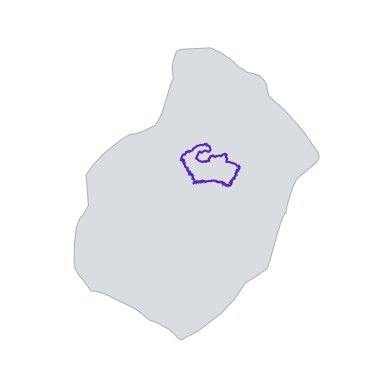 location of Makhoalipana, Maseru, Lesotho, rotated 166°
{"feature_id": "5366337B32036214751587", "entity_name": "Makhoalipana", "entity_type": "district", "adm_level": 2, "iso_a3": "LSO", "parent_name": "Lesotho", "parent_adm1": "Maseru", "projection": "natural_earth1", "projection_center": [28.011, -29.76], "detail": "fine", "context": "in_parent", "style": "outline", "palette": "violet", "viewbox_px": 384, "rotation_deg": 166, "n_neighbors": 0, "source": "geoboundaries", "source_scale": "gbopen_adm2", "svg_char_len": 6859}
<svg xmlns="http://www.w3.org/2000/svg" viewBox="0 0 384 384"><g transform="rotate(166 192 192)"><path d="M249.9,259.2L239.8,262.5L238.4,262.8L231.9,262.1L223.2,262.9L216.4,264.7L211.1,265.4L202.5,275.1L186.8,301.4L182.6,306.9L181.4,317.2L177.8,325.3L173.4,331.7L169.0,333.2L155.9,330.7L139.2,327.4L129.5,319.5L120.8,309.1L116.2,301.6L111.5,297.4L109.8,295.1L103.0,291.6L100.4,289.8L98.2,288.5L95.4,283.5L93.8,279.1L94.4,266.9L89.6,259.7L81.4,247.3L76.1,237.1L69.0,223.3L64.6,211.4L60.1,199.1L60.6,193.9L64.9,190.3L77.6,184.1L87.4,179.3L94.4,170.5L102.1,157.5L105.8,149.6L109.5,146.0L113.6,140.5L120.7,128.2L128.6,114.5L137.1,99.9L147.8,95.6L162.4,90.7L176.5,77.9L193.3,67.1L220.3,55.4L232.9,52.5L237.7,50.8L240.8,53.0L244.0,59.7L248.6,65.3L259.2,75.0L263.7,77.4L274.7,91.8L286.5,101.8L300.0,113.2L309.2,118.8L313.9,120.4L317.8,130.5L321.7,138.1L323.9,145.1L323.5,151.9L319.1,168.7L312.8,185.8L307.8,192.9L301.7,197.4L295.7,204.2L293.4,217.9L290.7,234.1L282.9,240.7L276.8,245.1L268.4,250.5L249.9,259.2Z" fill="#d9dde1" stroke="#a8b0b8" stroke-width="1"/><path d="M165.0,222.3L165.2,222.0L166.3,221.4L166.2,220.7L166.9,220.4L167.7,220.2L167.8,219.8L167.8,218.3L168.0,218.4L168.1,218.2L168.3,218.1L168.4,218.3L168.6,218.2L169.4,218.6L170.1,218.5L170.8,218.5L170.8,218.0L171.3,217.7L172.0,218.2L172.5,218.9L172.7,219.0L173.6,218.5L174.1,218.7L174.8,218.7L175.5,219.0L176.2,219.7L176.7,220.1L177.4,220.4L178.2,221.5L178.3,221.9L178.5,222.0L178.6,222.4L179.3,222.8L180.0,223.7L179.5,224.4L179.0,224.6L178.5,225.0L178.3,226.0L177.4,226.5L176.5,227.6L176.0,228.8L175.2,229.3L174.6,229.3L174.6,228.9L174.3,228.5L173.9,228.5L173.9,228.2L173.0,228.0L172.7,227.8L171.9,228.3L170.4,229.0L170.0,229.1L168.9,228.7L168.6,228.8L168.2,228.5L167.6,228.2L167.0,227.2L166.4,227.2L166.0,226.9L165.4,227.1L164.9,227.6L164.0,228.1L163.8,228.4L163.8,229.0L164.0,229.6L163.9,229.9L164.0,230.3L163.7,230.9L163.8,232.1L164.6,232.5L164.7,232.8L165.1,233.0L165.2,233.5L165.4,233.6L166.7,233.5L166.9,234.4L166.5,234.8L166.4,235.1L166.9,235.1L167.4,235.4L167.8,235.3L168.0,235.5L169.1,235.0L169.7,234.9L170.6,234.9L172.0,235.7L173.2,235.6L174.2,235.3L175.5,235.6L176.0,235.4L176.5,235.5L177.0,234.7L177.9,234.4L179.2,234.2L179.7,234.1L180.2,233.7L180.5,233.7L180.9,232.8L181.8,232.2L182.7,232.2L183.4,232.0L184.0,232.2L184.5,231.5L185.1,231.5L185.4,231.7L185.4,232.0L185.8,232.6L186.1,232.4L186.5,232.5L186.7,232.0L186.9,231.9L187.3,232.1L188.2,232.2L188.5,231.2L189.0,231.0L189.2,230.8L189.6,230.0L191.1,230.6L191.6,230.5L192.2,229.8L192.9,229.2L193.1,228.7L193.4,228.5L193.9,227.8L194.4,227.0L194.6,226.4L194.5,226.1L195.0,226.0L195.2,225.7L195.0,225.4L194.5,225.6L194.2,225.9L193.6,224.1L193.2,223.9L193.0,224.5L193.4,225.7L193.3,225.8L193.0,225.9L192.3,225.6L192.2,225.5L192.6,224.7L192.2,224.3L192.7,223.2L193.2,222.7L193.3,221.9L193.2,221.7L192.8,221.7L192.3,222.0L192.0,221.8L192.2,221.5L192.7,221.5L192.8,221.3L192.6,220.3L192.3,219.6L192.6,218.6L192.3,217.9L191.7,217.3L191.6,217.0L190.6,216.7L190.4,216.4L190.4,216.2L190.7,215.7L191.1,215.6L191.2,215.3L191.3,214.1L191.0,213.2L190.8,213.1L190.4,213.7L190.1,213.7L190.0,213.4L190.1,212.9L189.9,212.5L189.9,212.1L189.7,211.9L188.9,211.8L188.8,211.3L189.2,211.1L190.4,210.9L190.6,210.7L190.6,210.4L190.4,210.0L190.4,209.5L190.2,209.4L189.7,209.4L188.9,209.1L188.5,209.2L188.1,209.5L187.7,209.4L187.6,209.1L187.9,208.3L187.3,208.0L186.9,207.5L187.0,207.3L187.8,206.9L187.9,206.5L187.5,205.9L187.5,205.7L187.8,205.3L188.4,204.9L188.5,204.5L188.2,204.3L187.6,204.7L187.2,204.6L187.1,204.3L187.3,203.8L187.3,203.5L187.0,202.8L186.7,201.7L186.9,201.3L188.4,200.5L188.5,200.2L188.4,199.9L188.0,200.0L187.4,200.4L186.0,200.1L185.3,200.2L185.4,200.5L185.2,200.7L185.2,200.4L185.0,200.6L184.7,200.4L184.7,200.6L184.4,200.8L184.3,200.4L184.0,200.5L183.9,200.5L183.8,200.3L183.7,200.6L183.3,200.7L183.2,200.6L183.6,200.4L183.3,200.4L183.1,200.2L182.9,200.4L182.7,200.2L182.6,200.4L182.4,200.4L182.3,200.2L182.0,200.3L182.0,200.1L181.7,200.1L181.5,199.8L181.4,200.2L181.0,200.1L181.2,199.9L180.7,200.2L180.6,199.9L180.3,199.8L180.1,199.8L179.9,199.5L179.5,199.7L179.3,200.0L179.2,199.9L179.2,199.6L179.0,200.0L178.8,199.7L178.4,199.8L178.4,199.7L178.6,199.4L178.0,199.5L178.0,199.3L177.6,199.2L177.1,199.1L177.0,199.3L176.8,199.1L176.8,198.8L176.5,199.0L176.3,198.8L175.9,199.0L175.5,198.9L175.3,198.6L174.6,198.7L173.8,198.5L173.2,198.7L172.2,198.5L172.1,198.3L171.2,197.8L170.7,198.3L170.4,198.4L170.0,198.3L169.5,197.9L168.7,198.0L167.9,197.8L167.7,197.6L166.6,197.3L166.6,196.9L164.9,196.3L164.6,195.8L164.4,195.8L164.3,195.4L164.5,195.3L164.1,195.1L163.8,195.2L163.4,194.8L163.2,194.8L163.0,194.7L162.7,194.9L162.3,195.0L162.2,194.9L161.9,195.0L161.4,194.4L161.0,194.4L161.2,194.2L160.6,193.9L160.8,193.8L160.7,193.6L160.4,193.7L160.0,193.6L160.0,193.0L159.7,193.0L159.9,192.8L159.4,192.5L159.3,192.3L159.4,192.1L159.0,192.3L158.9,192.0L158.6,192.1L158.4,192.2L158.3,191.8L158.2,191.7L158.4,191.5L158.2,191.4L158.2,191.2L157.8,191.3L157.6,191.0L157.6,190.5L157.2,189.9L156.8,190.1L156.9,189.6L156.7,189.6L156.5,189.9L156.4,189.9L156.3,189.6L155.9,189.8L156.0,189.5L155.6,189.4L155.6,189.8L155.4,190.1L155.2,190.1L155.0,189.4L153.9,188.9L153.2,189.4L152.5,189.6L152.3,190.2L152.0,190.2L151.9,190.4L152.2,191.1L152.2,191.6L152.4,191.7L152.6,191.5L152.9,191.6L152.9,192.0L152.7,192.3L152.4,192.4L151.4,191.5L151.2,191.5L150.9,191.8L150.8,192.5L151.0,192.8L151.0,193.3L151.4,193.4L151.3,193.6L150.4,193.7L150.0,194.4L149.0,194.9L148.9,195.2L148.8,195.3L148.5,194.7L147.9,194.9L147.6,194.5L147.4,194.6L147.1,195.4L147.2,195.9L147.2,196.2L146.6,196.5L146.3,197.2L146.0,197.2L146.0,197.8L145.0,198.2L145.1,198.6L144.9,199.0L145.3,199.6L145.1,199.8L145.0,199.7L144.6,199.1L144.6,199.9L144.4,200.3L143.8,201.6L143.5,201.5L143.4,200.9L143.0,200.7L142.7,200.8L142.7,201.7L143.3,202.2L143.2,202.5L142.8,202.3L142.5,202.3L141.8,202.8L141.5,202.7L141.5,202.3L141.2,202.4L140.9,202.6L141.3,203.3L141.1,203.6L140.6,203.6L140.2,203.8L140.5,204.7L139.9,204.6L139.7,205.0L140.0,205.8L140.2,205.5L140.4,205.5L140.6,205.0L140.8,205.0L141.3,205.4L141.7,206.3L142.3,206.9L142.6,208.1L143.0,208.6L144.4,209.5L144.6,209.8L144.9,209.9L145.3,209.9L145.3,210.1L145.7,210.5L147.1,211.0L147.2,211.3L147.8,211.5L148.3,212.0L149.2,212.4L149.9,212.4L150.6,212.9L151.3,212.9L150.7,214.8L150.4,214.9L150.3,215.1L150.0,215.3L149.7,216.1L149.9,216.4L150.4,216.8L150.3,217.4L150.6,217.6L150.5,217.8L150.7,218.5L150.7,218.8L150.2,218.7L149.7,219.1L149.5,219.4L149.7,219.5L149.9,220.4L150.3,220.5L150.4,220.8L150.5,220.8L151.1,221.2L152.5,220.9L153.3,220.9L153.6,220.8L153.9,220.2L154.3,220.1L154.5,219.9L155.4,219.7L155.7,219.9L156.0,220.5L156.5,220.6L156.9,220.8L157.9,220.7L159.9,221.0L160.4,220.4L160.6,220.3L161.4,220.7L161.9,220.7L162.2,220.9L162.1,221.5L162.7,222.5L163.2,222.5L163.9,222.1L164.2,222.3L165.0,222.3Z" fill="none" stroke="#5b21b6" stroke-width="2"/></g></svg>